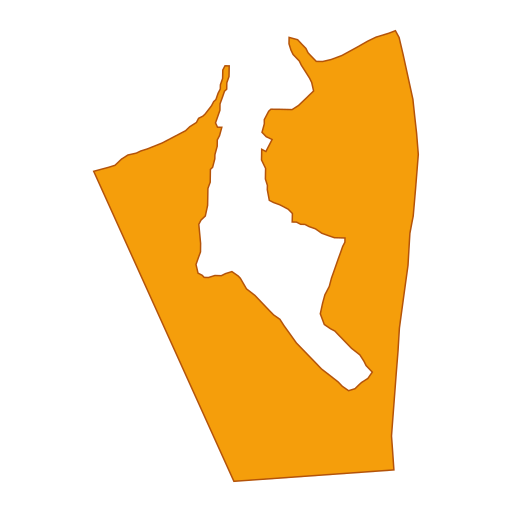 outline of Police Department Port of Damietta, Dumyat, Egypt
{"feature_id": "37247803B59643082406240", "entity_name": "Police Department Port of Damietta", "entity_type": "district", "adm_level": 2, "iso_a3": "EGY", "parent_name": "Egypt", "parent_adm1": "Dumyat", "projection": "mercator", "projection_center": [31.766, 31.466], "detail": "fine", "context": "isolated", "style": "filled", "palette": "amber", "viewbox_px": 512, "rotation_deg": 0, "n_neighbors": 0, "source": "geoboundaries", "source_scale": "gbopen_adm2", "svg_char_len": 2485}
<svg xmlns="http://www.w3.org/2000/svg" viewBox="0 0 512 512"><path d="M395.4,30.7L388.9,33.2L376.1,37.1L367.6,41.2L356.9,47.3L341.9,55.5L331.2,59.5L322.7,61.5L316.3,61.4L310.0,54.9L308.0,52.7L305.9,48.4L301.7,44.1L297.6,39.7L289.1,37.4L289.0,43.8L291.0,50.2L293.1,54.5L297.2,58.8L299.3,61.0L301.4,65.3L305.5,71.7L309.6,78.2L311.7,82.5L313.6,91.0L309.3,95.1L307.2,97.2L305.0,99.3L300.7,103.4L298.5,105.5L292.1,109.6L287.8,109.5L279.4,109.3L275.1,109.3L270.9,109.2L268.7,111.2L264.3,119.6L264.3,123.9L262.0,132.3L266.2,136.7L272.1,139.5L265.9,151.5L261.7,149.3L261.6,155.6L261.5,159.9L265.6,168.4L265.5,172.7L265.4,179.0L267.4,185.4L267.3,189.7L269.3,200.3L273.5,202.5L279.8,204.8L284.0,207.0L288.2,209.2L292.4,213.5L292.3,217.8L292.2,222.0L296.5,222.1L300.7,224.3L304.9,224.4L309.1,226.6L315.4,228.8L321.7,233.2L328.0,235.5L334.4,237.7L338.6,237.8L345.0,238.0L344.9,242.2L342.7,246.4L340.5,252.7L338.2,259.0L336.0,265.3L333.8,271.6L331.5,278.0L329.3,286.4L324.9,294.8L322.6,303.2L320.3,313.8L324.3,324.5L330.6,328.8L334.8,331.0L339.0,335.4L343.2,339.7L351.5,348.3L359.9,354.9L364.0,361.3L366.1,365.6L370.2,369.9L372.3,372.1L367.9,378.4L361.5,382.5L359.3,384.5L355.0,388.7L348.6,390.7L342.3,386.3L338.2,382.0L329.8,375.4L321.4,368.9L315.2,362.4L308.9,355.9L302.7,349.5L296.4,343.0L290.2,334.3L284.0,325.7L279.9,319.3L273.6,314.9L269.4,310.6L261.1,301.9L254.9,295.4L246.5,288.9L240.3,278.2L238.2,276.0L231.9,271.6L225.5,273.6L221.3,275.7L214.9,275.5L208.5,277.5L204.2,277.4L202.2,275.3L198.0,273.1L196.0,264.5L198.2,258.2L200.5,251.9L200.6,243.4L198.8,224.3L201.0,220.1L203.2,218.0L205.3,216.0L207.6,205.4L207.8,194.8L207.9,188.5L210.2,182.2L210.3,175.8L210.4,169.4L212.6,167.3L214.8,158.9L214.9,154.7L217.2,146.2L217.3,139.9L219.5,135.7L221.8,127.3L217.5,127.2L215.5,122.9L217.7,116.6L219.9,110.3L220.0,103.9L222.3,97.6L224.5,91.2L226.7,89.2L226.8,82.8L229.0,76.5L229.1,72.2L229.2,65.9L225.0,65.8L222.8,70.0L222.6,78.5L220.4,84.8L220.3,89.0L218.1,93.2L215.9,99.6L213.7,101.6L211.5,105.8L205.0,114.2L202.8,116.2L198.6,118.3L196.4,122.5L189.9,126.6L185.6,130.7L162.1,143.0L147.1,149.0L140.7,151.0L136.4,153.1L127.9,155.0L121.5,159.1L115.0,165.3L108.6,167.3L93.7,171.3L233.9,481.3L393.9,469.9L392.4,448.2L391.5,436.0L396.3,372.5L398.0,351.3L398.2,347.9L399.4,328.1L404.0,294.3L408.0,265.3L409.4,241.3L409.9,233.3L412.0,222.2L413.2,216.1L415.6,188.4L418.3,154.5L416.6,133.3L414.7,116.3L412.9,99.3L403.1,54.5L399.1,37.5L395.4,30.7Z" fill="#f59e0b" stroke="#b45309" stroke-width="1.5"/></svg>